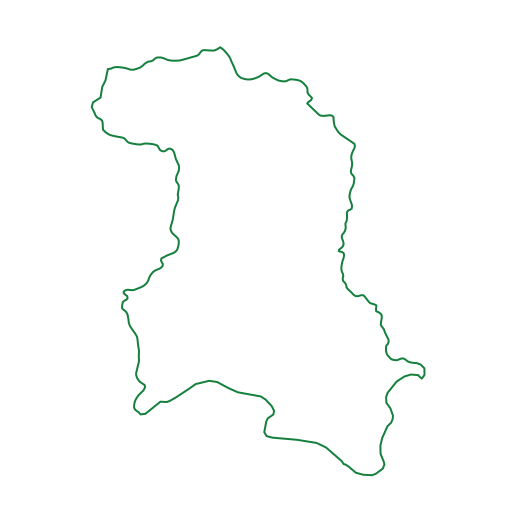 outline of Chuarrancho, Guatemala, rotated 278°
{"feature_id": "79465075B45501962231680", "entity_name": "Chuarrancho", "entity_type": "district", "adm_level": 2, "iso_a3": "GTM", "parent_name": "Guatemala", "parent_adm1": "", "projection": "robinson", "projection_center": [-90.462, 14.853], "detail": "fine", "context": "isolated", "style": "outline", "palette": "green", "viewbox_px": 512, "rotation_deg": 278, "n_neighbors": 0, "source": "geoboundaries", "source_scale": "gbopen_adm2", "svg_char_len": 6100}
<svg xmlns="http://www.w3.org/2000/svg" viewBox="0 0 512 512"><g transform="rotate(278 256 256)"><path d="M197.1,395.1L199.6,393.6L201.0,393.0L203.0,391.1L204.0,390.1L205.1,389.2L207.1,389.0L211.0,389.1L213.7,389.0L215.6,388.2L217.1,386.1L217.6,384.1L218.1,382.7L220.2,382.2L222.2,382.2L223.9,382.0L224.5,380.2L225.2,375.7L226.3,374.1L228.5,371.8L230.8,369.5L232.0,367.9L231.9,365.9L230.3,362.3L230.2,360.2L231.0,358.3L231.8,357.2L233.2,355.6L235.0,352.9L236.3,351.2L237.5,350.0L239.5,349.5L240.7,348.8L241.8,347.8L243.5,345.7L245.5,345.0L247.2,345.1L248.5,345.2L250.3,344.6L252.3,343.3L254.3,342.5L256.9,342.1L260.0,342.1L263.2,342.4L264.4,342.7L267.0,343.1L268.4,343.1L269.7,343.0L271.0,342.4L272.0,340.6L272.0,339.0L272.4,337.3L273.9,337.5L276.6,340.0L278.2,340.9L279.7,341.0L281.0,340.9L282.9,340.1L286.0,338.4L288.1,338.2L289.7,338.7L290.9,339.6L293.3,340.6L296.0,341.0L297.9,340.6L300.6,340.0L302.2,340.5L303.8,340.9L306.2,340.9L308.7,340.5L310.6,340.1L312.2,340.0L314.1,341.2L315.0,342.8L316.1,344.1L317.9,344.2L319.9,343.9L325.3,341.1L327.2,340.4L329.6,340.2L332.6,340.4L334.0,340.6L335.5,341.0L339.1,342.3L341.5,342.7L345.2,342.7L347.0,342.6L349.0,341.2L350.7,339.1L352.1,338.4L353.5,338.1L354.9,338.2L356.9,338.4L359.2,338.5L361.5,338.3L363.5,337.6L365.7,336.8L367.3,336.6L368.9,336.5L371.1,336.8L374.4,337.7L376.6,338.5L378.9,338.6L380.8,337.8L387.7,323.8L388.6,322.4L390.1,320.4L391.4,319.2L394.2,316.8L395.3,316.0L397.1,315.2L398.7,314.7L400.3,314.2L402.3,313.8L404.5,313.3L405.7,311.4L405.7,309.8L405.2,307.7L404.8,306.2L404.2,303.7L404.0,301.6L404.1,300.1L404.8,298.5L414.1,285.6L415.7,286.3L418.2,289.0L420.3,289.4L421.4,288.1L423.1,285.8L424.4,284.7L425.6,284.1L427.4,283.9L429.2,283.5L431.0,282.2L433.0,279.8L434.0,278.5L434.9,276.8L435.5,275.5L435.9,273.5L436.1,271.6L436.0,268.8L435.8,265.7L434.9,263.9L433.4,261.6L432.8,259.5L432.7,257.1L432.8,254.7L433.1,253.1L434.0,250.3L435.1,247.4L435.9,246.0L436.7,244.9L438.1,242.5L438.5,240.8L438.1,238.9L437.3,237.8L434.5,234.6L433.7,233.5L432.2,231.0L431.3,229.2L430.7,227.8L430.2,226.3L429.8,224.1L429.6,222.4L429.7,220.4L430.1,217.1L430.7,215.6L431.7,213.9L433.0,212.4L434.4,211.2L438.5,208.8L441.4,207.1L443.1,206.0L444.9,204.8L446.1,204.1L448.2,202.9L449.5,201.9L451.1,200.4L452.3,199.2L454.3,196.8L455.4,195.5L456.3,194.1L457.7,191.5L455.5,189.0L454.6,187.6L453.7,186.1L453.4,184.6L452.9,179.4L452.8,177.0L452.4,175.0L451.7,173.8L449.3,172.2L448.0,171.7L446.2,169.8L444.7,166.5L443.8,164.3L442.6,161.8L441.8,159.9L440.0,155.8L439.0,153.3L438.0,148.1L437.7,144.4L437.8,142.1L438.0,140.6L438.9,137.5L439.1,136.0L439.4,134.2L439.0,131.4L438.6,130.0L436.8,127.8L435.5,127.0L434.1,124.6L433.5,122.3L432.5,120.9L431.5,119.7L430.5,118.7L428.1,116.8L426.5,115.0L425.3,112.9L423.8,109.8L423.3,108.0L423.1,106.1L423.3,104.2L423.7,102.3L424.0,99.0L424.0,94.9L423.7,91.6L423.2,89.6L422.4,87.9L421.3,86.2L420.4,83.3L408.9,82.5L402.0,80.2L391.3,80.0L385.4,73.2L380.6,72.6L378.9,73.7L375.3,76.2L373.5,77.1L371.4,78.9L370.4,81.0L370.1,82.5L368.8,84.6L367.3,85.3L365.8,85.8L364.2,86.0L362.8,86.3L361.5,86.5L359.7,87.0L357.8,89.6L356.9,91.2L356.0,93.3L355.5,94.8L355.2,97.1L355.0,99.6L354.8,102.9L354.7,107.0L354.3,108.9L352.8,111.0L351.8,112.1L350.9,113.4L350.4,114.9L350.1,117.7L350.1,119.7L350.0,122.2L350.3,126.4L351.2,128.2L352.0,130.7L352.2,132.5L352.3,134.5L352.4,136.7L352.3,139.7L351.6,143.1L349.7,144.6L347.7,146.1L346.9,147.9L346.7,149.5L347.1,151.1L348.6,152.9L349.7,153.8L350.3,155.2L350.1,157.1L349.2,158.9L346.7,160.7L344.1,161.8L342.4,162.5L340.8,163.2L335.3,166.8L333.2,167.5L331.9,167.6L329.5,167.6L327.3,167.1L326.0,166.6L323.9,166.1L322.0,166.1L320.7,166.0L318.9,166.6L317.4,167.9L316.3,168.9L315.0,169.7L312.6,170.1L310.6,170.1L308.2,170.0L305.7,170.0L303.8,170.7L302.4,171.0L301.0,171.0L299.6,170.9L298.1,170.4L296.6,170.0L292.4,169.0L290.8,168.8L288.1,168.6L284.0,168.6L280.3,168.5L277.9,168.2L274.0,167.6L272.3,167.5L270.9,167.5L269.0,168.4L267.2,169.7L266.3,171.0L265.2,172.4L263.9,174.5L262.2,176.5L260.0,177.5L258.0,177.7L255.2,177.7L252.2,177.3L250.7,176.8L248.7,175.3L247.5,173.8L246.2,171.5L244.9,169.1L243.5,166.9L240.3,162.6L238.2,162.6L237.0,163.4L235.1,164.9L233.2,164.9L231.3,163.7L230.1,162.3L229.1,160.6L228.1,158.9L227.1,157.5L225.8,156.3L223.8,155.0L222.4,154.2L220.2,153.4L218.2,153.0L216.4,152.6L213.7,151.4L211.5,149.5L210.5,148.5L209.3,146.8L207.6,143.9L205.2,139.6L204.9,138.0L204.7,133.5L203.9,131.4L202.4,130.0L200.8,130.2L199.6,131.8L198.3,134.1L196.1,134.7L194.8,133.9L193.4,131.9L191.8,130.5L189.1,130.4L186.5,130.4L185.2,131.0L184.3,132.4L183.4,134.0L182.3,135.4L181.1,136.3L180.0,137.0L177.6,137.8L174.8,138.7L172.9,139.1L171.5,139.7L170.1,140.4L168.7,141.3L167.0,142.8L164.5,145.1L162.3,147.2L159.5,149.4L158.1,149.9L155.5,150.6L150.9,151.8L147.7,152.8L145.3,153.4L142.3,153.7L138.9,154.1L136.9,154.6L134.7,154.7L133.1,154.6L130.6,154.3L126.3,153.9L123.8,153.6L121.9,153.8L120.5,154.3L118.4,155.4L117.1,156.5L115.2,158.6L114.2,160.6L112.8,163.6L111.2,164.3L109.9,164.2L108.1,163.6L106.6,162.8L105.4,161.8L101.7,159.0L98.9,157.6L96.6,156.7L94.9,156.3L93.1,156.1L91.3,156.1L88.8,156.4L86.9,157.8L86.1,159.2L84.8,161.7L83.1,163.7L84.3,168.4L98.4,181.6L99.0,188.0L100.5,190.8L105.0,196.6L115.6,208.6L120.8,214.1L125.9,227.1L125.8,235.1L121.3,247.3L118.5,257.0L117.6,280.2L115.3,285.3L109.6,292.4L105.3,295.4L101.5,295.3L96.9,290.3L93.5,289.2L82.7,288.7L79.1,291.6L78.4,297.8L79.7,322.0L79.3,342.0L76.2,351.9L64.8,369.4L62.1,371.9L61.9,373.8L60.4,377.0L55.3,385.0L54.3,392.7L55.1,401.5L57.2,405.2L63.2,411.2L67.5,412.2L70.7,410.8L77.4,406.9L85.4,405.6L93.3,406.3L105.8,409.9L109.8,413.0L113.3,414.0L116.9,413.9L123.8,410.3L128.9,405.5L134.6,404.5L138.9,405.4L151.2,412.7L157.4,419.8L160.2,426.0L160.6,433.2L159.3,434.6L157.8,437.2L159.5,438.3L161.8,439.4L168.2,438.4L171.4,434.2L172.3,430.1L172.1,427.0L172.1,424.3L172.6,421.2L173.7,419.3L174.9,417.1L174.9,414.7L173.9,412.6L172.6,410.6L172.2,408.5L172.4,405.2L173.1,403.6L176.2,399.9L177.6,399.0L179.9,398.0L181.3,397.8L184.6,397.4L185.9,397.8L187.4,398.9L189.4,399.3L191.7,398.8L197.1,395.1Z" fill="none" stroke="#15803d" stroke-width="2"/></g></svg>